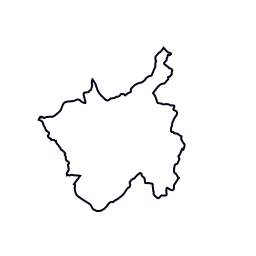 the Province of Hirat, rotated 310°
{"feature_id": "AFG-1742", "entity_name": "Hirat", "entity_type": "Province", "adm_level": 1, "iso_a3": "AFG", "parent_name": "Afghanistan", "parent_adm1": "", "projection": "natural_earth1", "projection_center": [62.522, 34.206], "detail": "fine", "context": "isolated", "style": "outline", "palette": "ink", "viewbox_px": 256, "rotation_deg": 310, "n_neighbors": 0, "source": "natural_earth", "source_scale": "10m", "svg_char_len": 5818}
<svg xmlns="http://www.w3.org/2000/svg" viewBox="0 0 256 256"><g transform="rotate(310 128 128)"><path d="M133.2,75.1L133.9,74.9L136.9,73.6L137.6,73.2L138.1,72.7L138.7,71.9L139.8,70.8L142.4,69.5L142.4,69.9L140.8,74.7L137.2,80.7L136.8,81.7L136.0,84.4L135.7,86.2L135.2,92.1L135.3,93.2L135.8,94.5L136.0,94.8L137.9,95.6L139.1,95.6L139.4,95.7L139.7,95.9L141.2,97.4L142.3,98.3L143.0,98.7L144.3,99.0L144.5,99.2L145.7,100.2L146.2,100.5L147.1,100.9L148.7,100.9L149.5,100.8L149.9,101.0L150.5,102.1L151.0,102.7L151.3,103.4L151.2,104.9L151.4,105.0L152.0,105.0L154.6,105.6L157.2,106.9L157.9,106.7L159.4,105.4L159.8,105.2L160.2,105.1L165.2,105.6L168.2,106.8L169.6,107.5L170.2,108.2L170.7,108.5L172.4,109.5L173.2,109.7L175.6,110.1L176.1,110.2L176.8,110.0L177.4,109.6L180.7,110.6L181.9,111.3L182.8,112.0L183.2,112.2L184.0,112.1L192.7,109.4L195.5,107.1L196.0,106.9L197.0,106.8L197.5,106.5L197.6,106.2L197.8,105.3L198.1,105.0L198.5,104.5L199.6,103.7L200.7,103.2L201.1,103.2L205.3,103.3L206.3,103.5L207.4,104.0L207.7,104.0L212.3,103.7L211.7,108.1L211.7,109.5L211.9,110.4L212.5,111.9L212.6,112.6L212.6,113.0L212.4,113.2L212.1,113.4L211.6,113.2L210.8,113.2L210.6,113.1L210.5,112.9L210.3,112.5L209.9,111.7L209.4,111.6L208.2,112.3L207.4,112.7L206.5,112.8L206.1,113.0L205.7,113.2L205.5,113.5L205.0,113.8L204.4,114.0L203.9,114.0L203.0,113.9L201.9,113.7L201.5,113.8L200.9,114.0L200.6,114.2L200.4,114.5L200.3,115.1L200.3,115.6L200.5,117.1L200.4,118.4L200.6,119.7L200.5,120.1L200.2,121.0L200.3,121.3L201.0,122.3L201.1,122.7L201.2,123.1L201.1,123.7L200.8,124.6L200.5,125.0L200.3,125.2L199.7,125.2L199.3,125.4L198.7,125.7L198.0,126.4L197.3,127.0L197.0,127.0L195.9,127.0L195.2,127.1L194.9,127.1L194.6,126.9L192.6,125.9L192.5,126.0L192.2,126.5L191.9,127.1L191.3,127.4L185.9,127.3L185.2,127.0L184.5,126.3L183.9,125.8L183.2,125.4L182.0,124.9L181.3,124.7L177.7,124.4L170.8,124.7L170.1,127.7L169.0,130.0L166.5,133.8L166.3,134.4L166.4,134.9L168.1,137.8L168.3,138.4L168.7,139.7L168.9,140.1L170.5,141.5L171.3,142.5L171.9,143.3L172.2,144.0L172.8,146.2L173.0,146.6L174.2,147.9L174.7,148.6L174.7,149.0L174.5,149.5L174.1,149.7L173.2,150.2L171.9,150.4L171.5,150.7L171.4,150.9L171.2,151.3L171.2,151.5L171.8,153.6L171.9,154.4L171.2,155.8L170.2,156.5L169.1,156.9L165.0,157.3L160.2,158.7L159.6,159.0L159.2,159.5L158.5,160.0L157.9,160.2L157.2,160.4L155.5,161.2L153.7,162.5L153.2,163.1L153.0,163.4L153.0,163.9L153.1,164.1L153.7,164.7L153.8,165.0L154.0,165.4L153.9,165.8L153.7,166.4L153.8,166.9L154.1,167.5L155.0,168.8L155.3,169.5L155.5,170.4L155.5,171.4L155.7,173.3L156.0,174.3L155.2,174.9L154.3,175.3L153.9,175.6L153.5,176.3L153.1,177.3L152.3,179.4L152.1,180.3L152.0,181.0L151.8,181.8L150.6,182.9L146.9,184.4L146.7,184.3L146.5,184.1L146.5,183.8L146.7,183.1L145.4,183.3L141.9,184.5L141.3,184.7L140.7,184.8L139.0,184.6L138.8,184.7L138.6,185.0L138.3,185.5L138.0,186.4L137.8,186.7L137.3,187.2L136.7,187.5L134.9,188.1L132.8,188.6L132.4,188.6L131.8,188.5L130.7,187.8L130.3,187.7L129.7,187.8L129.1,188.0L127.4,188.9L126.1,189.7L125.0,190.7L124.4,191.1L124.1,191.4L123.8,191.8L123.6,192.7L123.5,193.2L123.5,193.7L123.7,194.2L123.6,194.8L123.5,195.1L122.4,197.8L122.4,198.1L122.5,199.1L122.3,199.2L122.0,199.2L121.2,199.1L120.2,199.1L118.6,199.4L115.1,199.8L113.9,200.0L113.2,200.3L112.9,200.6L111.6,201.8L110.6,202.3L110.0,202.4L109.1,202.2L108.9,202.1L108.7,201.9L108.4,201.2L108.0,200.4L108.0,199.4L107.7,198.6L107.6,198.0L107.5,196.6L107.3,196.3L106.7,196.3L106.0,196.6L103.8,198.3L102.2,200.1L101.6,200.5L101.3,200.5L100.9,200.5L100.4,200.0L98.8,198.4L98.3,197.5L98.1,197.2L97.8,197.0L97.3,196.9L94.8,196.8L94.3,196.6L93.9,196.4L93.5,196.2L93.3,195.5L93.2,194.7L93.3,192.8L93.5,191.1L93.7,190.3L93.9,190.0L94.2,189.8L95.4,189.0L95.6,188.8L95.9,187.9L96.1,187.6L96.7,187.2L98.1,185.7L98.9,184.7L100.4,183.4L100.8,182.8L100.9,182.3L99.0,179.1L97.3,177.2L97.1,176.8L97.1,176.3L97.3,176.1L97.8,175.5L98.2,174.9L99.0,174.2L99.8,173.4L100.0,173.1L100.2,172.3L100.3,169.6L100.4,169.3L100.5,169.0L101.1,168.4L101.3,168.2L101.5,167.8L101.5,167.3L101.6,166.8L101.5,166.4L101.1,166.1L98.2,165.4L95.1,165.2L93.8,165.3L93.0,165.2L92.4,164.5L90.4,164.1L88.4,164.0L87.5,164.2L87.1,164.5L86.8,164.9L86.3,165.9L85.9,166.2L85.4,166.5L84.2,167.0L83.7,167.0L83.2,167.0L82.3,166.6L81.8,166.4L81.1,166.4L74.9,167.1L72.1,166.9L66.4,165.6L64.0,164.5L61.7,164.2L61.3,163.4L60.6,162.7L60.0,162.3L58.6,161.9L56.9,161.8L53.8,162.0L50.5,161.7L47.0,160.3L44.4,157.6L43.4,153.8L43.7,152.1L45.0,149.1L45.1,147.0L44.0,139.0L43.5,133.8L43.7,131.5L44.9,129.0L46.3,127.3L47.8,125.7L49.8,124.6L50.5,123.8L50.2,122.7L60.6,122.1L60.1,121.1L57.0,117.0L56.4,115.6L56.0,115.0L55.4,114.5L54.4,114.0L54.0,113.7L53.7,112.4L53.4,112.1L53.1,111.9L52.6,111.8L53.2,110.7L54.3,110.1L56.6,109.8L57.7,109.5L58.5,108.9L60.4,106.7L60.6,106.3L60.9,105.9L61.5,105.6L62.1,105.5L62.6,105.6L63.1,105.4L63.6,104.8L63.7,103.6L63.6,102.2L63.7,101.0L64.4,100.1L65.8,99.0L66.6,97.5L66.8,96.7L68.1,96.2L68.5,94.5L68.7,92.7L68.4,90.7L68.6,90.0L69.2,89.1L69.3,88.6L69.4,87.5L70.1,85.6L70.3,83.4L70.6,82.7L71.7,81.2L71.2,80.8L71.2,80.3L71.4,79.3L69.8,77.0L69.5,76.5L69.8,76.2L70.2,76.0L70.2,75.5L70.0,75.0L69.8,74.8L69.8,73.2L70.1,72.1L70.7,71.5L71.6,71.5L72.6,71.4L73.4,70.9L73.7,70.0L73.5,67.3L73.7,66.2L74.0,65.6L74.9,64.4L75.1,63.9L75.5,62.3L76.0,61.2L76.9,60.0L77.5,59.0L77.8,58.0L77.7,56.9L77.2,54.8L76.9,54.3L77.5,54.1L79.7,53.6L80.1,53.6L80.4,53.8L80.8,54.2L80.4,54.9L80.9,55.3L81.1,55.4L81.7,56.0L81.6,56.7L81.6,57.0L82.1,57.7L82.5,57.9L82.9,57.9L83.6,58.2L86.3,60.8L88.2,63.0L91.0,64.1L96.7,65.0L99.2,64.8L104.3,63.0L106.8,63.0L108.0,63.7L109.1,64.4L113.4,68.7L114.6,69.5L116.9,70.6L117.5,71.2L118.0,72.0L118.3,73.0L118.3,73.9L118.3,76.0L118.5,76.8L119.3,78.7L119.7,79.2L120.4,78.9L124.5,73.2L125.9,71.9L127.0,71.8L129.8,74.4L130.3,74.7L131.6,74.5L132.8,75.0L133.2,75.1Z" fill="none" stroke="#020617" stroke-width="2"/></g></svg>